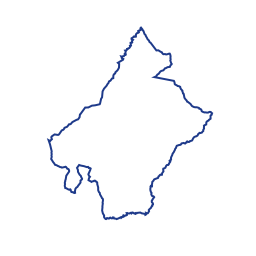 outline of Inocência, Mato Grosso do Sul, Brazil, rotated 246°
{"feature_id": "56859067B243090422915", "entity_name": "Inocência", "entity_type": "district", "adm_level": 2, "iso_a3": "BRA", "parent_name": "Brazil", "parent_adm1": "Mato Grosso do Sul", "projection": "mercator", "projection_center": [-52.047, -19.66], "detail": "fine", "context": "isolated", "style": "outline", "palette": "blue", "viewbox_px": 256, "rotation_deg": 246, "n_neighbors": 0, "source": "geoboundaries", "source_scale": "gbopen_adm2", "svg_char_len": 5753}
<svg xmlns="http://www.w3.org/2000/svg" viewBox="0 0 256 256"><g transform="rotate(246 128 128)"><path d="M47.9,119.7L49.1,120.1L50.4,119.6L51.7,120.0L52.1,120.7L52.6,121.1L54.2,123.8L54.8,123.7L55.3,123.4L56.0,122.5L56.4,122.3L58.0,122.3L58.4,122.5L59.0,123.1L60.5,122.9L62.3,123.2L63.8,123.9L64.5,124.5L65.3,124.7L65.7,125.2L65.0,126.2L65.5,126.5L66.2,126.4L67.0,127.2L68.9,128.3L69.6,130.0L70.3,130.8L70.4,131.3L70.2,135.2L71.3,136.1L71.6,137.3L72.0,137.8L72.2,138.7L71.7,139.3L71.5,140.0L72.6,140.6L73.1,141.2L73.9,142.7L75.9,143.3L76.5,143.7L76.4,144.9L76.5,146.0L77.7,147.2L78.3,148.3L78.3,148.9L77.9,149.8L78.2,150.5L78.8,150.9L80.0,152.9L81.1,152.6L81.4,153.2L81.3,154.0L82.0,154.7L82.9,154.9L83.7,155.5L85.5,157.6L86.4,158.3L87.4,160.1L88.0,160.7L88.5,161.5L89.9,162.8L90.2,163.6L91.3,164.6L91.9,165.3L91.7,167.7L91.3,169.2L91.6,169.9L92.1,170.5L92.1,171.2L91.8,171.9L91.7,172.8L90.6,173.8L90.9,174.5L90.9,175.6L91.5,175.9L91.7,176.6L90.6,177.6L90.4,178.2L90.5,178.8L90.8,179.2L90.5,181.1L90.6,181.6L92.1,183.4L92.8,184.8L92.8,186.6L92.6,187.0L92.9,188.6L93.9,189.6L94.0,190.4L94.5,191.3L93.9,192.2L93.8,193.8L94.3,194.4L94.6,195.5L95.8,196.1L96.5,197.2L97.5,197.5L98.6,198.2L99.2,198.3L99.4,198.8L99.4,200.9L101.4,201.9L101.8,202.7L102.1,203.5L102.0,204.5L102.5,205.2L102.9,207.2L105.7,208.4L106.0,209.0L106.0,209.7L106.4,210.1L106.9,210.3L107.3,210.8L108.4,210.2L109.0,210.1L109.6,208.9L109.5,207.4L109.9,206.5L111.0,204.7L111.1,204.2L112.1,203.1L113.3,202.2L115.1,202.4L116.3,201.5L116.6,201.0L117.1,201.1L117.6,200.9L119.0,199.2L119.4,198.2L120.2,196.9L121.6,195.7L122.3,195.3L124.5,194.9L127.5,193.3L127.9,192.8L128.6,192.7L129.2,192.8L130.5,192.3L132.2,191.9L132.9,191.9L136.3,192.7L136.8,192.7L137.2,192.3L138.5,192.6L139.3,192.5L140.0,192.9L141.9,192.2L143.8,192.2L144.4,192.4L145.5,191.5L146.2,190.4L147.2,189.9L148.5,188.8L149.1,188.6L151.0,189.1L152.4,189.1L163.7,172.9L163.7,174.9L164.2,175.4L164.9,176.7L165.0,178.0L166.3,180.2L166.6,181.5L166.3,183.8L167.5,186.2L167.3,186.8L167.3,187.4L167.5,188.8L166.8,191.1L168.0,192.3L168.4,193.7L168.8,194.0L169.5,193.8L172.5,194.1L173.0,194.6L173.6,195.0L174.4,195.1L176.3,196.1L177.7,196.4L178.9,196.4L179.2,195.9L179.4,193.9L179.7,192.7L180.5,191.9L181.0,190.4L181.4,190.1L182.5,189.7L183.2,189.8L184.8,188.5L186.1,187.7L186.7,187.2L187.3,185.5L196.8,183.3L197.3,182.9L197.9,182.6L199.4,182.7L201.1,182.0L202.4,182.0L204.8,181.7L205.5,181.9L207.3,181.3L210.3,181.6L210.9,181.3L212.2,181.3L214.4,180.7L214.2,180.1L213.6,179.7L212.5,179.8L212.3,179.2L212.6,177.9L212.4,177.3L212.5,176.8L212.0,176.6L211.5,177.0L211.0,176.9L210.8,176.2L211.0,174.8L210.4,173.5L209.8,173.2L209.5,172.6L208.9,172.6L208.3,172.4L208.5,171.4L209.2,170.4L208.8,169.9L208.5,167.7L207.7,167.4L206.5,168.4L205.8,166.9L204.5,166.7L204.3,166.2L204.7,165.1L204.1,165.0L203.9,164.6L202.1,164.3L201.9,163.7L202.1,163.2L201.4,163.1L200.6,161.8L200.5,161.3L200.7,160.7L200.3,160.2L200.6,159.3L200.0,159.0L199.8,158.5L199.7,157.8L199.9,157.0L199.0,157.2L198.5,156.6L197.5,156.2L197.1,155.3L196.2,155.9L195.8,155.5L196.2,155.0L195.3,153.4L195.6,152.7L195.7,151.4L196.1,150.9L195.4,150.9L194.9,151.2L194.4,150.8L193.8,150.9L193.0,151.8L192.4,151.3L191.7,145.3L190.1,146.0L186.8,144.3L185.5,142.7L184.9,141.7L184.0,139.1L183.1,138.5L182.7,136.8L181.6,135.8L179.5,134.8L179.7,133.4L178.5,131.5L178.3,130.8L178.4,130.1L178.2,129.5L177.0,128.4L176.5,127.2L175.3,125.6L173.7,122.1L171.8,119.7L166.6,116.8L165.6,115.3L161.7,112.4L161.2,111.8L162.1,107.2L163.1,104.1L162.9,100.1L164.1,97.2L160.0,90.1L159.9,89.6L157.5,88.1L156.2,85.9L156.4,84.3L156.1,80.4L156.0,79.5L154.9,77.2L155.0,76.4L155.4,75.8L153.9,72.9L154.0,70.1L153.0,68.9L152.7,68.1L152.8,67.2L152.7,66.4L150.4,62.7L150.1,62.0L150.1,61.4L150.4,60.8L152.0,58.3L151.4,55.2L151.0,54.4L150.5,54.1L148.7,53.9L148.5,53.1L147.8,51.6L149.2,50.5L144.7,50.1L137.7,48.8L136.5,48.0L135.2,47.7L134.0,46.9L132.7,46.6L131.1,45.3L130.5,45.2L130.1,45.4L127.5,45.7L125.6,46.2L124.0,46.4L123.1,47.6L121.9,48.4L121.5,48.9L119.9,50.1L119.4,51.0L118.7,51.5L118.1,54.3L118.0,55.2L117.4,55.6L115.4,56.0L115.0,56.6L114.3,57.0L112.7,56.8L112.1,56.4L109.5,52.2L106.3,50.1L105.7,49.4L105.0,49.1L104.5,48.6L103.5,47.9L102.4,47.7L101.3,46.9L100.1,46.5L99.4,46.5L98.6,46.3L98.3,46.9L95.9,48.7L95.6,49.2L95.5,50.3L95.1,50.5L94.5,50.1L93.1,50.4L92.5,50.3L91.7,51.7L91.2,51.8L90.4,52.6L90.3,53.3L91.8,53.8L93.8,55.2L94.6,56.6L94.7,57.7L95.9,59.5L96.3,60.6L96.9,61.2L97.1,61.9L97.6,62.5L99.3,63.2L99.8,65.0L100.3,65.4L102.0,65.3L103.6,65.4L105.0,64.8L108.3,64.5L110.1,65.2L112.3,65.2L114.1,68.3L112.9,69.6L111.0,72.3L109.1,74.4L108.7,75.7L107.4,75.9L107.2,76.7L106.2,77.4L105.0,76.4L101.9,73.0L100.1,72.9L98.9,73.4L98.1,72.0L96.4,70.7L93.6,72.8L93.8,73.3L93.5,74.6L93.6,75.8L93.2,76.5L92.4,76.6L92.0,77.3L91.1,77.6L90.3,77.6L89.4,77.1L85.9,76.6L83.4,75.5L82.7,75.4L81.2,75.4L80.3,75.8L78.7,75.4L76.0,75.7L74.5,75.7L73.8,76.1L73.1,76.1L71.9,75.6L69.9,74.3L69.3,74.3L66.8,72.7L66.3,72.6L63.1,70.8L60.2,70.3L57.8,70.6L56.6,70.0L55.9,69.9L54.0,70.5L53.7,70.9L53.8,71.7L54.2,72.1L53.9,72.8L53.0,73.7L53.4,74.9L53.2,75.6L52.5,75.8L52.1,76.3L52.0,76.9L51.7,77.5L52.4,77.9L52.1,78.5L51.3,78.5L50.9,78.7L49.9,80.3L49.4,80.6L49.3,82.7L49.4,85.3L48.7,85.3L49.1,86.7L48.8,87.5L49.6,87.7L50.1,88.3L49.6,88.8L49.0,89.2L49.1,90.0L48.9,90.6L49.2,91.1L49.0,91.6L50.0,92.3L50.8,92.2L50.7,92.7L50.1,93.1L49.4,94.3L49.4,95.9L48.5,96.3L48.7,96.9L49.1,97.4L48.8,98.0L47.4,98.9L47.3,99.8L46.9,99.5L46.5,99.9L46.8,100.5L46.5,101.2L46.7,101.9L45.8,104.8L44.4,105.9L44.1,106.5L43.6,107.1L42.9,108.3L42.5,108.7L41.6,108.5L41.6,109.0L42.0,109.8L42.4,110.0L43.0,110.1L42.2,110.9L42.1,111.5L43.4,113.4L44.6,113.6L45.0,114.3L45.8,116.7L46.7,117.6L46.9,118.4L47.6,118.6L47.9,119.7Z" fill="none" stroke="#1e3a8a" stroke-width="2"/></g></svg>